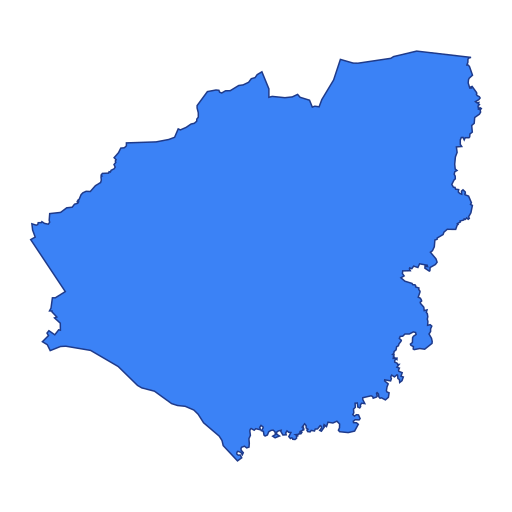 outline of Kalniešu pag., Kraslavas, Latvia
{"feature_id": "27541924B55230125144242", "entity_name": "Kalniešu pag.", "entity_type": "district", "adm_level": 2, "iso_a3": "LVA", "parent_name": "Latvia", "parent_adm1": "Kraslavas", "projection": "orthographic", "projection_center": [27.395, 55.888], "detail": "fine", "context": "isolated", "style": "filled", "palette": "blue", "viewbox_px": 512, "rotation_deg": 0, "n_neighbors": 0, "source": "geoboundaries", "source_scale": "gbopen_adm2", "svg_char_len": 6030}
<svg xmlns="http://www.w3.org/2000/svg" viewBox="0 0 512 512"><path d="M362.8,397.7L371.1,395.8L372.7,396.6L373.2,398.2L376.6,397.0L377.2,396.2L376.5,393.2L377.1,392.6L378.4,393.9L378.8,396.8L380.0,398.2L381.4,397.8L385.4,399.9L388.4,397.3L389.1,392.8L386.9,391.9L386.4,390.7L387.0,386.9L388.2,383.9L384.6,380.9L384.7,379.8L390.6,380.9L391.4,378.6L390.7,377.0L391.7,375.1L394.4,376.9L397.0,374.8L397.6,375.1L397.9,378.5L399.4,379.6L399.7,382.5L402.0,380.7L403.3,377.0L401.0,376.2L402.2,372.7L398.8,371.3L398.5,370.1L399.4,368.1L396.9,367.2L399.1,364.4L397.6,364.4L397.1,363.2L394.7,362.1L394.7,360.4L396.1,358.9L396.9,359.5L397.0,358.1L393.2,358.4L393.4,357.4L394.3,357.2L393.5,356.3L394.1,354.9L392.6,354.5L393.9,353.2L394.1,351.5L396.1,349.8L396.6,346.7L398.4,345.8L399.0,343.8L401.0,341.3L401.3,340.3L399.3,338.4L400.2,336.4L402.7,336.2L405.0,334.0L409.3,334.0L413.4,331.9L415.6,332.5L416.1,334.5L413.5,336.2L412.6,337.6L412.4,342.5L410.4,344.1L410.9,345.3L413.4,346.6L413.2,349.0L414.2,349.6L419.7,348.5L424.7,349.2L432.0,343.4L432.2,341.5L431.5,338.3L429.0,334.0L430.6,331.5L430.6,328.8L431.8,326.1L430.2,324.7L427.6,325.3L427.9,321.5L427.3,319.1L427.8,316.7L427.3,313.6L426.3,312.4L427.0,309.9L424.2,310.6L423.8,307.2L420.5,303.4L420.2,302.2L421.6,301.1L421.5,300.3L420.4,298.2L418.2,297.2L419.9,292.3L420.0,291.2L418.7,289.4L418.9,288.0L415.6,286.9L415.7,285.8L415.0,284.8L412.8,284.7L412.0,283.4L404.9,281.2L400.9,277.8L404.1,275.9L402.4,273.6L402.7,270.9L410.3,270.7L409.4,268.9L409.7,267.9L411.8,268.7L413.7,266.1L417.9,267.5L419.6,263.8L427.2,265.2L427.6,266.6L425.0,266.3L424.9,268.2L429.3,271.1L429.9,270.7L430.1,267.5L435.4,264.5L437.1,262.2L436.0,258.9L430.4,252.2L432.4,250.8L434.3,246.8L434.9,240.0L437.1,239.3L437.2,238.0L443.1,234.5L443.9,232.2L447.2,229.3L455.7,229.4L457.2,225.1L458.1,224.4L457.4,223.6L460.3,222.0L460.1,221.0L463.8,220.0L464.2,218.9L465.4,219.4L466.7,217.9L468.2,219.3L469.3,218.4L468.6,216.8L470.9,212.8L472.4,205.4L470.5,204.4L471.4,202.7L468.6,196.1L465.0,194.7L464.7,194.0L465.4,193.2L465.2,191.9L463.0,189.8L461.5,191.1L461.7,194.2L459.8,193.5L458.3,192.0L458.7,189.6L455.6,189.2L455.0,187.4L453.4,187.2L451.8,184.4L454.1,179.9L455.3,178.9L455.2,176.1L454.2,174.2L454.8,171.7L457.0,170.5L455.2,169.0L454.7,164.2L455.4,156.9L457.1,152.4L456.4,146.9L461.7,146.5L460.3,144.4L460.3,139.9L461.3,137.5L463.0,137.4L464.2,139.9L465.2,137.7L469.0,137.7L469.7,136.8L469.9,134.0L472.3,132.1L471.7,125.5L474.2,123.3L474.7,117.5L479.4,114.2L480.6,112.1L480.2,110.0L481.3,108.5L480.1,107.8L480.1,109.2L478.7,109.2L479.3,108.2L478.4,108.4L478.0,106.1L479.4,104.5L478.2,103.8L478.8,102.5L476.9,102.8L475.4,101.6L478.8,99.7L480.1,98.0L479.3,96.7L477.2,95.6L476.4,94.3L476.8,93.2L476.3,92.2L472.1,86.4L470.9,86.9L471.3,88.0L469.8,88.1L468.2,83.0L468.5,79.7L469.2,78.2L472.5,75.2L469.5,66.6L468.3,65.1L466.9,65.0L467.9,62.2L467.9,59.3L468.7,58.1L471.0,57.4L416.6,51.1L393.5,56.6L390.9,58.3L358.0,63.2L353.2,63.1L340.4,59.4L333.6,80.0L321.8,99.6L319.1,106.8L314.8,106.2L312.3,107.1L309.5,100.2L300.1,97.3L297.6,94.4L292.3,96.9L284.9,97.7L272.2,96.4L268.9,97.3L268.9,88.9L261.9,71.8L257.2,74.6L255.1,77.6L251.3,78.7L248.6,82.3L243.1,84.9L238.7,85.5L230.2,90.7L225.5,90.8L221.7,93.0L219.6,92.2L218.9,90.3L216.0,90.0L207.4,91.6L197.1,105.6L197.1,108.0L198.3,112.8L198.3,117.2L196.8,119.1L196.7,121.2L194.3,123.3L191.1,124.0L186.1,127.4L180.4,129.9L178.2,128.9L174.6,137.3L168.7,139.5L156.1,141.9L126.4,142.9L126.4,145.7L125.7,146.6L124.2,147.8L120.8,148.1L118.5,152.7L114.1,157.7L116.1,159.7L115.3,161.0L115.8,162.4L114.0,164.5L115.2,167.1L114.1,168.8L111.1,170.3L110.4,172.0L109.1,171.7L108.6,173.1L102.4,173.4L101.1,175.1L101.7,175.8L100.7,175.8L101.5,176.2L101.0,176.9L101.3,180.2L100.6,182.5L95.4,185.7L90.3,191.5L86.1,191.3L82.9,192.8L81.1,194.6L79.2,199.2L77.8,200.3L78.6,201.0L77.3,201.8L78.2,202.5L77.7,203.3L74.5,204.2L72.2,207.2L66.7,207.8L60.6,212.4L49.7,213.6L49.2,220.3L49.7,222.2L48.3,224.2L44.5,223.4L41.9,221.7L41.5,222.6L38.2,222.7L37.8,224.5L36.3,225.2L31.9,223.8L32.6,230.0L35.2,237.1L30.7,239.6L65.3,291.6L55.3,297.8L52.4,297.8L51.0,308.1L49.5,310.9L52.0,311.0L52.0,311.9L56.8,317.0L54.5,317.9L60.3,323.2L60.4,330.2L58.7,329.8L54.8,334.8L48.9,330.7L47.0,333.1L48.5,335.6L42.4,341.7L47.3,344.7L50.2,350.6L60.5,346.5L65.8,346.2L90.6,350.4L118.2,366.5L137.5,385.4L141.8,387.9L154.5,391.2L171.6,403.6L177.5,405.5L185.2,406.3L193.8,410.0L198.2,414.3L203.6,422.8L219.2,436.1L222.0,440.5L223.2,445.6L237.5,460.9L241.7,457.8L240.2,455.0L238.3,455.2L236.9,454.2L236.7,453.2L237.2,451.9L237.9,451.3L240.9,452.4L242.3,454.8L243.3,452.7L241.1,450.1L241.0,448.4L241.7,447.2L244.5,446.2L246.7,447.9L249.0,447.1L249.3,443.3L248.9,438.7L250.4,435.3L249.8,431.0L250.2,429.4L251.1,428.5L254.2,430.2L255.8,428.7L260.5,429.8L259.7,427.4L261.0,425.4L263.0,426.9L263.2,427.8L261.5,430.7L263.4,431.4L264.0,435.1L265.1,436.0L267.4,435.0L268.7,431.8L271.0,430.4L273.1,430.1L274.9,431.7L275.5,434.5L272.7,436.2L275.1,437.8L279.5,436.0L276.7,434.2L276.6,432.2L278.4,430.9L281.1,430.3L280.8,431.4L282.9,435.0L286.2,434.8L285.7,432.9L287.0,430.9L288.7,432.3L290.9,432.5L288.8,436.6L290.4,438.5L291.5,437.9L292.6,438.3L292.8,439.3L295.0,439.5L296.6,438.2L296.5,436.4L297.6,435.9L295.5,434.7L298.4,434.3L299.8,432.7L299.9,433.9L301.0,433.7L301.9,432.3L300.4,431.3L303.8,429.8L303.8,429.1L302.9,429.4L303.4,427.2L302.3,427.0L304.6,423.8L306.1,425.6L306.2,428.0L307.9,429.2L306.9,430.1L307.7,431.6L310.1,431.9L311.2,430.4L314.5,431.0L315.2,429.1L317.6,428.9L320.2,425.6L321.1,426.2L321.6,427.9L319.7,430.4L321.4,431.2L324.4,426.9L323.6,426.3L324.1,424.6L326.5,426.6L328.0,422.2L332.9,423.0L336.9,421.2L339.6,424.0L339.5,427.9L338.4,430.2L339.6,431.7L348.2,432.6L354.6,431.1L358.3,424.3L356.5,422.8L353.5,422.6L353.3,421.2L355.2,419.7L359.1,419.9L360.1,418.6L358.5,414.9L356.4,414.7L354.5,416.1L352.8,414.6L353.8,412.8L353.5,409.1L355.3,407.3L355.1,403.2L357.3,403.0L357.8,407.0L359.7,407.9L360.6,406.6L360.4,404.9L361.7,403.2L364.8,403.6L362.7,399.4L362.8,397.7Z" fill="#3b82f6" stroke="#1e3a8a" stroke-width="1.5"/></svg>